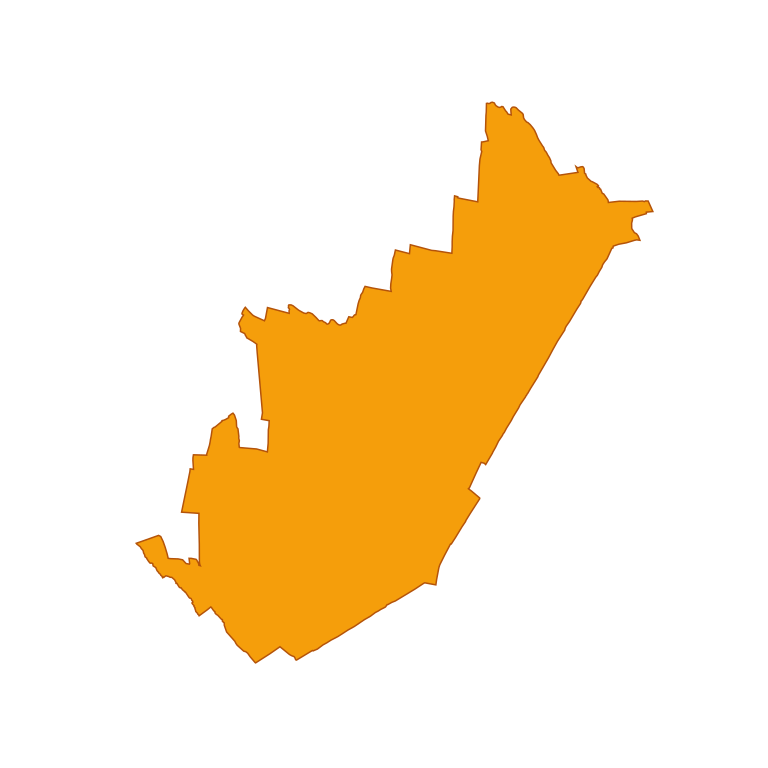 Plugari, Iasi, Romania, rotated 215°
{"feature_id": "2599482B58803848767416", "entity_name": "Plugari", "entity_type": "district", "adm_level": 2, "iso_a3": "ROU", "parent_name": "Romania", "parent_adm1": "Iasi", "projection": "natural_earth1", "projection_center": [27.117, 47.485], "detail": "fine", "context": "isolated", "style": "filled", "palette": "amber", "viewbox_px": 768, "rotation_deg": 215, "n_neighbors": 0, "source": "geoboundaries", "source_scale": "gbopen_adm2", "svg_char_len": 6114}
<svg xmlns="http://www.w3.org/2000/svg" viewBox="0 0 768 768"><g transform="rotate(215 384 384)"><path d="M254.5,376.3L255.5,389.3L255.8,390.8L256.3,396.1L257.4,402.9L257.5,409.7L257.8,411.3L257.7,413.4L258.3,418.0L258.8,427.1L259.4,431.5L260.0,441.5L260.6,444.9L260.7,454.6L260.9,455.6L260.8,456.7L261.0,457.7L260.9,458.8L261.4,464.3L262.1,477.9L262.6,480.0L264.3,500.0L265.4,508.9L266.4,518.5L266.9,531.9L267.5,533.2L267.9,535.7L267.9,541.5L269.0,556.2L269.2,562.5L269.4,563.5L270.2,564.9L269.9,565.3L269.9,567.7L271.2,582.3L271.8,592.9L271.6,595.5L272.2,599.7L272.5,604.5L273.3,607.1L273.4,610.5L273.1,614.4L275.2,625.8L274.5,626.8L275.3,628.4L271.9,633.1L266.5,638.6L261.2,645.4L259.7,647.0L256.8,648.5L260.6,651.0L263.3,651.9L265.7,651.6L269.9,653.3L270.5,653.8L273.4,657.8L274.5,660.7L274.9,661.4L275.8,662.1L274.0,665.0L266.8,674.0L267.7,675.2L262.7,679.5L272.6,685.4L274.8,683.9L275.3,682.8L277.2,682.1L282.1,678.2L296.2,668.6L304.3,661.4L305.2,662.4L306.3,663.3L313.0,665.7L314.6,665.4L318.3,667.8L319.1,667.5L319.5,668.0L320.2,668.3L320.9,668.1L321.3,667.7L322.5,667.9L322.4,668.4L321.9,668.9L321.9,669.3L322.4,669.5L324.0,669.8L329.3,669.2L330.7,668.8L335.6,669.4L338.5,671.0L339.0,671.7L340.6,671.7L343.6,675.2L345.1,676.0L346.1,675.9L347.4,674.7L349.0,672.5L349.9,672.1L351.4,672.2L346.5,668.6L360.4,655.4L361.8,656.2L366.0,657.5L374.0,661.0L375.3,662.5L378.3,664.3L381.0,665.4L384.1,667.0L386.5,667.6L388.9,669.4L390.6,669.9L396.8,672.5L399.3,673.8L402.2,675.8L406.1,678.1L408.6,679.1L412.9,680.3L416.0,680.7L417.5,680.4L420.6,681.2L422.3,682.1L424.6,684.6L425.7,685.1L431.0,685.5L434.2,686.1L435.6,685.8L437.1,684.9L437.7,684.0L437.8,681.9L436.0,679.6L434.1,677.4L437.1,676.2L439.8,677.3L441.0,677.5L445.6,679.4L446.8,678.8L447.1,677.9L448.0,676.8L449.3,676.3L451.7,676.2L453.2,676.6L454.7,677.5L456.8,677.0L457.8,676.0L458.1,674.9L459.0,673.8L460.4,673.3L461.0,672.6L456.2,665.4L454.6,662.6L446.0,649.5L441.6,646.2L438.1,643.1L441.8,639.1L442.9,638.2L438.9,631.6L437.3,630.5L434.4,623.3L431.2,617.7L411.7,587.0L429.0,579.3L430.7,578.8L431.0,579.7L434.1,578.6L432.3,575.4L431.3,574.1L428.2,569.1L426.2,565.3L423.7,561.3L415.4,549.2L412.8,544.4L409.8,539.7L406.8,535.4L403.4,530.0L418.3,522.7L421.6,520.8L442.3,513.2L437.9,505.4L451.5,500.3L449.4,495.3L448.7,492.4L448.0,490.8L443.7,482.4L442.1,480.3L440.0,478.0L438.2,474.7L436.0,470.2L433.6,466.3L431.2,464.0L448.9,455.8L455.5,453.1L455.1,450.3L454.1,446.9L454.1,444.1L453.9,443.1L452.9,441.2L452.3,438.2L451.2,434.9L446.8,424.7L447.8,423.6L447.9,421.4L448.2,420.3L451.4,418.9L450.0,411.9L450.7,411.5L452.8,409.0L452.8,408.6L453.2,407.9L453.3,407.4L454.2,406.8L455.5,406.5L456.9,406.5L461.0,407.4L462.2,407.4L463.2,407.0L464.1,406.2L464.3,405.4L463.9,403.9L464.0,403.5L463.8,402.1L464.5,400.7L465.1,400.4L465.9,400.4L466.9,400.7L469.4,400.3L470.9,400.5L471.9,399.9L473.0,398.8L473.8,398.6L477.8,399.5L483.0,400.3L485.6,399.8L487.1,399.2L487.5,398.8L487.9,397.5L488.3,397.0L490.5,396.1L496.2,395.5L503.4,395.9L505.5,395.5L507.1,394.4L507.3,394.2L507.3,393.6L506.5,392.5L506.1,391.6L504.8,391.4L504.2,390.9L503.8,389.6L502.2,387.5L523.3,379.8L518.7,369.7L518.2,367.2L528.9,365.2L531.1,365.1L537.2,366.2L541.6,367.3L541.7,366.2L541.5,363.0L540.9,360.5L540.5,359.9L538.6,359.9L538.6,357.4L537.9,351.3L537.7,350.5L537.0,349.7L533.4,347.3L531.7,344.7L527.3,345.4L526.2,345.0L525.2,344.2L524.0,343.9L523.0,343.1L515.6,343.7L510.9,343.6L510.4,342.5L505.9,337.0L467.7,291.5L467.0,290.7L464.2,284.8L457.0,288.1L454.0,283.3L452.5,280.2L444.9,269.0L440.6,261.5L451.1,257.7L465.7,249.2L466.3,249.2L468.8,252.1L469.9,254.5L471.9,256.3L472.9,257.9L477.9,263.5L479.7,264.1L480.4,264.7L484.0,269.3L488.7,272.8L491.0,273.5L491.8,271.8L492.8,268.5L491.9,267.4L493.5,264.0L494.5,262.4L495.7,261.1L495.3,260.6L497.7,251.8L498.3,251.1L499.0,248.8L495.6,242.0L494.1,238.5L494.0,238.4L493.2,236.8L491.8,233.6L488.9,224.6L488.4,224.0L499.5,216.7L498.3,214.2L496.7,211.8L491.1,204.8L494.1,203.3L492.8,201.0L488.5,191.2L476.3,162.9L461.4,171.9L455.8,163.7L443.3,146.7L434.4,134.1L433.0,132.2L431.4,130.5L430.2,129.8L431.6,129.3L432.9,130.6L436.2,132.3L437.4,132.6L441.9,130.6L443.7,129.4L440.1,125.3L440.1,124.8L443.2,123.4L448.1,124.5L452.2,122.7L458.7,118.5L460.8,117.4L463.9,120.2L469.7,124.8L474.6,128.3L479.4,131.0L481.8,130.7L495.6,111.4L494.3,111.0L490.4,110.9L488.4,110.0L486.4,109.6L485.6,109.2L484.0,107.7L482.3,106.9L480.6,105.4L478.5,105.3L478.2,104.9L474.9,103.6L472.8,103.1L471.5,104.1L470.4,104.2L468.8,102.6L465.7,102.7L462.8,100.9L461.0,100.5L460.3,100.1L457.9,99.8L457.2,99.3L455.8,99.2L454.3,98.4L454.2,99.1L453.8,98.9L453.5,99.2L452.8,101.5L452.4,101.9L449.9,102.8L448.4,103.0L446.9,103.9L443.2,103.5L440.4,102.0L440.1,101.4L439.7,101.4L439.3,101.9L438.8,101.8L437.1,100.9L435.1,100.1L433.8,100.2L433.5,100.7L433.2,100.7L431.2,99.9L428.9,99.7L428.0,99.4L427.6,99.7L427.2,99.6L421.2,97.3L420.3,97.2L419.8,97.5L418.9,97.6L417.4,96.6L416.6,96.6L415.5,95.7L415.4,95.5L415.8,94.9L415.4,94.2L412.4,93.4L412.1,92.8L410.4,92.2L410.1,91.6L408.9,90.8L407.8,89.8L406.6,89.4L405.2,89.2L404.6,88.7L403.2,88.5L402.5,88.1L399.2,97.8L398.0,102.0L397.4,102.0L393.5,100.6L391.7,100.4L391.3,99.7L390.7,99.4L389.3,99.1L387.5,99.2L382.2,98.0L381.6,98.3L381.1,98.2L380.5,97.1L379.5,97.0L379.2,96.7L377.9,96.7L376.4,94.7L370.7,90.6L358.6,87.7L356.6,86.6L354.5,85.8L345.7,84.7L343.7,85.4L341.3,85.3L337.2,83.8L329.9,81.9L329.2,81.9L322.7,97.7L318.5,109.1L306.4,108.2L304.1,108.4L301.3,109.1L299.9,108.6L298.3,107.5L297.7,107.5L297.3,107.7L289.9,124.4L289.5,124.8L289.0,124.7L286.5,128.7L284.3,135.4L282.4,139.2L280.5,143.8L276.9,150.7L272.3,162.0L269.2,168.4L264.9,179.7L261.9,186.1L260.0,191.9L258.5,194.7L257.4,197.4L255.2,201.5L254.9,202.3L254.9,205.1L254.4,205.4L252.3,209.7L250.3,212.7L241.0,233.8L237.2,243.4L236.6,244.5L226.3,249.2L228.8,254.1L233.7,265.0L234.6,267.9L236.2,278.6L237.7,290.7L237.7,291.2L237.1,291.5L237.4,299.6L238.2,311.6L238.3,318.3L238.6,318.7L239.1,326.9L239.8,344.9L240.2,345.5L251.1,346.5L254.8,346.6L254.8,347.0L254.5,347.3L254.5,348.0L257.5,363.9L259.5,375.5L256.4,376.6L254.5,376.3Z" fill="#f59e0b" stroke="#b45309" stroke-width="1.5"/></g></svg>